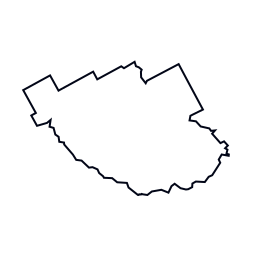 Clark, Arkansas, United States of America (Robinson projection), rotated 330°
{"feature_id": "52423323B93240032804570", "entity_name": "Clark", "entity_type": "district", "adm_level": 2, "iso_a3": "USA", "parent_name": "United States of America", "parent_adm1": "Arkansas", "projection": "robinson", "projection_center": [-93.197, 34.055], "detail": "fine", "context": "isolated", "style": "outline", "palette": "ink", "viewbox_px": 256, "rotation_deg": 330, "n_neighbors": 0, "source": "geoboundaries", "source_scale": "gbopen_adm2", "svg_char_len": 1319}
<svg xmlns="http://www.w3.org/2000/svg" viewBox="0 0 256 256"><g transform="rotate(330 128 128)"><path d="M56.2,42.8L55.7,68.9L50.5,68.8L50.3,80.6L60.4,83.1L65.0,82.3L60.7,87.7L63.6,90.7L61.8,97.3L63.5,100.9L61.6,105.6L65.3,108.6L64.5,110.4L67.0,123.5L67.2,129.7L71.5,133.0L74.4,142.8L77.7,144.2L80.9,148.6L80.5,152.6L82.3,157.3L82.3,159.1L89.2,163.5L91.5,169.6L99.6,175.0L98.7,179.8L103.1,190.9L103.3,191.1L103.6,191.2L103.9,191.3L104.0,191.3L104.0,191.2L104.3,191.0L104.5,191.0L104.8,191.3L105.0,191.4L105.3,191.5L105.7,191.9L105.8,192.0L106.0,192.1L106.3,192.1L106.5,192.1L106.7,191.9L106.9,191.9L107.0,192.0L107.0,192.3L111.3,195.7L116.9,194.9L126.0,198.2L130.7,204.2L136.6,200.1L140.5,199.6L143.4,206.4L147.4,210.2L149.5,211.1L154.0,211.3L156.0,208.3L160.0,208.3L167.5,213.2L173.5,210.6L177.3,211.0L190.5,204.2L190.8,200.7L195.9,197.8L201.3,202.4L202.1,201.3L200.5,199.4L203.3,196.5L202.0,194.1L205.7,193.1L204.5,187.6L200.5,187.3L198.0,175.0L202.1,173.6L198.5,172.0L198.2,169.0L191.7,163.0L190.2,156.2L185.1,152.2L188.2,148.6L202.1,149.5L203.2,115.2L203.8,98.0L168.0,96.6L165.7,98.1L164.7,90.7L167.3,85.8L169.0,84.3L167.7,80.8L165.8,78.5L166.8,74.0L154.4,74.2L153.0,71.2L125.7,70.5L126.0,61.8L112.9,61.5L87.9,60.9L86.5,60.9L86.8,43.5L73.7,43.2L56.2,42.8Z" fill="none" stroke="#020617" stroke-width="2"/></g></svg>